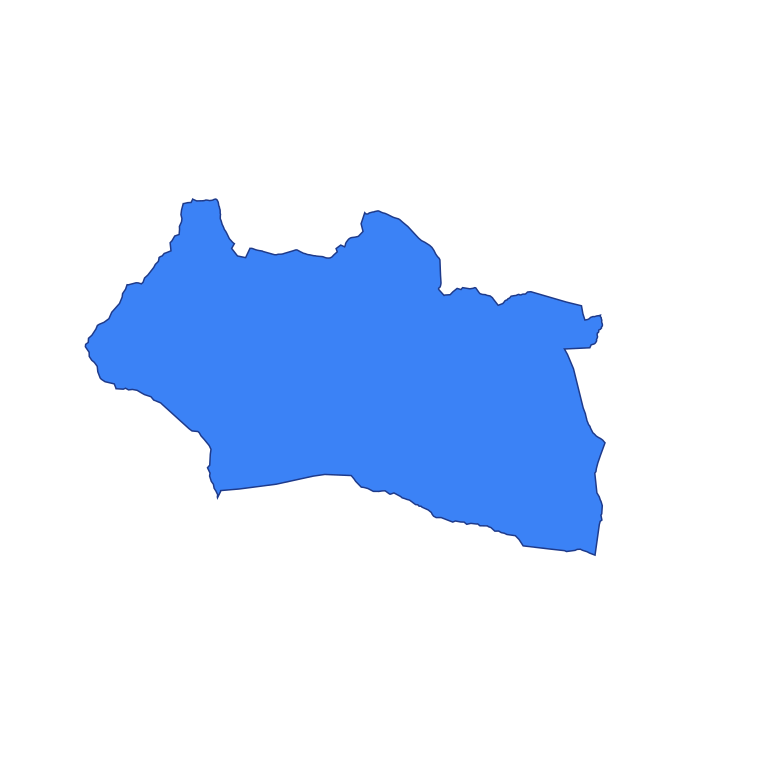 the district of Kwabre East, Ashanti, Ghana, rotated 228°
{"feature_id": "2480657B60556198830817", "entity_name": "Kwabre East", "entity_type": "district", "adm_level": 2, "iso_a3": "GHA", "parent_name": "Ghana", "parent_adm1": "Ashanti", "projection": "orthographic", "projection_center": [-1.514, 6.788], "detail": "fine", "context": "isolated", "style": "filled", "palette": "blue", "viewbox_px": 768, "rotation_deg": 228, "n_neighbors": 0, "source": "geoboundaries", "source_scale": "gbopen_adm2", "svg_char_len": 6171}
<svg xmlns="http://www.w3.org/2000/svg" viewBox="0 0 768 768"><g transform="rotate(228 384 384)"><path d="M147.5,464.8L151.7,466.8L153.0,467.1L156.2,468.5L160.7,469.4L176.7,481.0L177.1,482.9L179.1,485.3L182.2,490.0L186.2,497.2L192.4,508.9L194.0,508.9L195.9,509.0L197.4,508.7L198.7,508.4L200.2,507.8L201.8,507.3L203.4,506.9L205.2,506.9L206.7,506.8L208.0,506.6L209.1,506.9L212.8,507.9L213.9,508.3L214.4,508.6L215.3,508.8L216.3,508.8L217.7,509.1L219.0,509.7L220.4,510.1L221.5,510.6L222.6,511.3L223.7,511.8L224.4,512.2L225.3,512.7L226.1,513.1L227.0,513.7L227.5,513.9L232.9,516.0L268.5,535.0L283.1,540.1L289.3,541.5L273.2,561.2L274.5,564.2L273.9,565.4L273.2,566.9L273.0,567.8L273.2,569.2L273.8,570.9L274.9,571.7L275.7,573.6L276.3,574.4L277.4,575.0L277.9,575.2L278.1,575.5L278.9,576.4L278.9,576.7L279.1,576.9L278.9,577.8L279.1,578.5L280.1,579.3L280.4,580.0L279.9,581.3L280.1,583.1L280.8,583.6L281.1,585.2L282.2,586.2L282.8,586.5L284.0,587.0L285.2,587.9L285.7,588.6L287.0,589.1L287.9,589.8L289.7,590.0L290.3,590.9L291.0,589.4L292.2,587.7L293.2,585.5L294.3,584.4L295.3,582.0L295.2,580.3L295.5,578.9L296.0,577.9L297.1,576.1L303.1,578.8L310.0,583.1L322.8,574.4L354.3,554.9L354.7,554.4L355.8,552.9L356.3,552.2L356.2,549.6L356.6,548.8L357.2,548.1L357.7,547.6L358.2,546.7L358.4,545.8L358.7,545.3L359.3,544.6L360.3,544.2L360.7,543.7L361.0,542.9L361.3,542.0L361.3,541.6L362.6,539.8L364.2,537.2L364.1,536.4L363.9,535.6L363.9,534.7L364.1,534.0L364.4,533.3L364.3,532.7L364.1,532.1L364.3,531.5L364.7,530.5L364.9,529.6L364.6,528.4L364.4,527.1L364.3,526.1L366.1,521.5L374.3,522.1L375.5,522.3L378.4,521.8L380.9,519.9L382.6,519.1L384.7,517.1L386.9,515.8L388.3,515.8L394.1,516.5L395.1,515.6L395.3,514.6L397.3,511.5L403.0,506.9L402.7,504.4L406.1,502.3L406.4,496.9L406.1,492.9L409.5,488.6L409.6,487.9L417.0,487.9L418.0,488.0L418.6,488.7L418.5,490.2L418.8,491.1L419.7,492.5L420.6,493.6L421.1,494.1L426.9,498.7L438.8,508.6L440.6,509.1L442.9,509.0L446.0,509.4L449.9,510.5L453.4,511.0L456.5,510.7L461.9,509.2L465.5,507.8L468.5,507.4L469.6,507.3L485.1,507.1L491.9,506.1L495.6,505.7L497.1,505.2L500.5,503.1L502.2,502.2L507.8,500.0L508.9,499.5L509.6,499.2L510.5,498.7L511.6,497.9L513.1,497.1L514.3,496.6L515.3,496.2L516.3,495.7L517.0,494.9L517.5,494.0L518.4,492.5L518.5,492.0L518.9,491.3L519.6,490.3L520.0,489.4L520.8,487.9L521.0,487.4L521.1,486.2L521.2,485.7L522.4,484.4L523.3,484.3L524.2,484.3L518.4,474.2L511.4,470.5L510.9,463.9L511.0,463.5L511.7,462.2L512.6,460.6L514.3,458.2L514.8,457.3L515.1,456.4L515.3,455.0L515.2,453.8L514.6,450.8L514.1,449.5L512.9,447.9L512.3,446.5L516.2,444.8L516.7,439.0L513.5,437.7L513.5,433.3L513.3,430.8L513.3,429.9L513.5,429.4L513.7,428.5L514.2,427.7L514.9,426.8L515.3,426.5L515.8,425.9L516.5,425.4L517.3,424.9L517.9,424.5L518.6,424.3L519.2,423.9L520.1,423.3L520.6,422.8L522.5,421.0L523.5,420.1L524.1,419.5L524.9,419.0L526.4,417.6L527.5,416.8L529.5,415.4L531.0,414.1L532.1,413.4L533.4,412.8L535.1,411.6L537.0,410.9L538.1,410.4L539.6,409.9L540.7,409.5L541.6,409.2L542.2,408.7L542.7,408.1L542.9,407.7L544.0,405.2L548.0,396.8L548.2,396.2L549.1,394.7L550.0,393.6L550.9,392.6L551.5,391.7L552.1,390.4L553.1,389.4L553.4,389.1L563.4,382.8L564.1,382.6L565.9,381.2L566.6,380.6L568.2,379.4L569.0,378.9L569.6,378.5L572.7,376.9L573.2,376.5L573.7,376.1L574.1,375.5L574.5,375.2L570.5,365.7L577.2,360.8L586.7,361.5L588.4,366.7L588.7,366.6L589.8,366.4L590.6,366.3L591.9,366.3L592.5,366.3L593.7,366.3L594.3,366.3L595.4,366.3L600.9,367.9L603.3,368.5L605.0,368.7L606.1,368.9L606.9,369.3L609.0,370.0L610.0,370.3L610.9,370.5L611.6,370.9L612.5,371.3L613.4,371.8L613.8,371.9L614.5,372.3L615.1,372.5L615.4,372.5L616.6,373.1L618.8,375.2L619.3,375.9L620.6,376.6L622.4,378.2L623.6,379.0L624.5,379.3L625.7,380.1L626.9,380.5L627.8,381.0L628.8,381.7L630.0,382.4L630.8,382.7L631.7,382.9L632.3,383.1L632.7,383.1L633.1,383.0L633.4,382.9L633.7,382.9L634.1,382.6L634.3,382.4L634.4,382.0L634.7,381.6L634.9,381.2L635.1,380.4L635.3,379.7L635.6,379.2L636.0,378.5L636.5,377.9L636.9,377.2L638.1,376.3L639.1,375.5L639.7,374.9L640.2,374.2L640.3,373.7L640.6,373.1L640.9,372.8L641.0,372.5L641.2,372.2L645.4,367.3L648.9,365.7L649.4,365.6L648.0,362.1L650.1,359.5L652.2,355.7L652.4,355.5L648.8,350.0L645.7,346.4L642.1,344.5L640.0,342.0L638.0,337.4L635.7,335.5L632.2,331.8L634.0,327.5L632.3,322.2L632.1,319.6L625.5,314.8L627.3,309.9L628.1,308.0L627.6,304.9L628.3,303.0L628.5,301.5L627.2,299.9L626.1,298.3L625.9,294.1L624.7,290.9L623.0,281.4L623.0,277.0L620.8,273.0L620.8,270.7L623.6,269.0L625.1,267.5L628.7,260.5L629.7,259.5L627.4,255.4L626.1,250.2L623.8,247.6L620.8,241.3L619.5,229.7L616.6,223.3L617.2,217.2L618.9,212.4L619.3,210.2L617.6,206.7L615.7,199.5L615.7,195.0L612.8,192.0L613.1,188.8L611.5,187.0L604.9,186.1L601.7,183.4L597.3,182.7L593.9,183.2L589.0,182.7L584.6,179.5L578.4,177.1L576.7,177.1L572.4,178.2L564.6,183.6L560.8,182.2L559.8,181.7L554.6,186.8L553.8,189.1L550.6,190.2L548.3,193.4L544.5,196.3L539.6,197.8L536.4,198.9L530.5,202.3L526.2,202.1L519.4,205.4L516.7,205.6L481.3,209.2L477.6,209.9L473.2,213.9L471.4,214.1L467.9,213.3L463.1,213.3L455.2,212.9L451.2,211.7L448.0,207.9L443.3,203.2L440.3,200.2L439.9,196.8L434.2,195.1L432.3,192.8L427.2,190.5L423.6,190.1L420.2,188.0L417.1,187.5L413.0,186.3L411.6,184.6L410.9,184.2L413.5,190.7L414.1,191.3L402.6,206.5L381.5,237.1L363.0,269.6L356.4,279.5L337.9,298.4L333.3,298.2L330.6,297.8L322.6,298.1L320.5,299.9L317.1,302.1L311.4,304.2L307.6,308.3L307.0,309.2L306.1,310.6L305.3,311.7L303.8,313.4L299.5,314.3L298.5,314.5L297.8,315.1L296.4,318.5L289.2,321.1L287.3,321.3L285.2,322.6L282.9,323.8L280.6,325.3L274.0,326.6L273.2,326.8L271.7,328.3L269.8,328.3L268.3,329.8L267.1,329.8L260.8,332.6L256.8,333.2L254.9,332.6L252.6,332.4L249.8,333.4L246.4,337.2L245.9,337.4L235.4,342.7L234.4,345.4L230.1,348.7L227.8,351.1L224.4,351.6L222.3,355.3L218.0,359.1L217.4,360.0L214.5,360.4L209.9,365.3L209.4,365.9L208.1,366.1L205.8,367.4L200.5,367.9L198.0,370.8L195.1,371.7L192.5,373.6L190.0,374.6L183.4,380.1L178.1,380.3L170.6,379.1L151.2,396.1L139.3,406.7L137.4,407.5L132.5,414.7L131.9,416.8L129.8,419.4L127.7,420.2L123.4,422.7L120.9,423.6L115.6,426.3L135.5,450.0L137.3,452.8L137.1,454.9L141.3,457.4L141.8,458.9L147.5,464.8Z" fill="#3b82f6" stroke="#1e3a8a" stroke-width="1.5"/></g></svg>